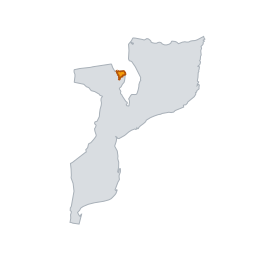 Angonia, Tete, Mozambique (highlighted), rotated 10°
{"feature_id": "85939544B12573256040215", "entity_name": "Angonia", "entity_type": "district", "adm_level": 2, "iso_a3": "MOZ", "parent_name": "Mozambique", "parent_adm1": "Tete", "projection": "mercator", "projection_center": [34.103, -14.769], "detail": "fine", "context": "in_parent", "style": "filled", "palette": "amber", "viewbox_px": 256, "rotation_deg": 10, "n_neighbors": 0, "source": "geoboundaries", "source_scale": "gbopen_adm2", "svg_char_len": 5277}
<svg xmlns="http://www.w3.org/2000/svg" viewBox="0 0 256 256"><g transform="rotate(10 128 128)"><path d="M77.5,172.9L79.2,171.6L90.4,159.3L91.1,158.8L90.2,156.7L91.7,154.4L91.9,150.7L92.3,150.1L94.0,148.9L96.3,145.1L97.8,142.1L98.0,140.7L95.9,136.7L95.2,134.6L95.9,132.8L96.1,131.0L95.8,130.5L94.5,129.7L94.3,129.0L94.3,128.1L94.6,127.6L96.2,126.8L96.5,126.3L97.8,121.7L97.4,118.2L97.3,114.3L97.7,110.2L97.5,107.9L96.5,105.2L96.4,103.3L97.1,102.0L97.3,101.2L94.8,100.7L93.6,99.6L88.9,97.9L85.3,97.6L82.3,95.0L79.9,94.6L76.9,92.6L67.4,92.3L67.1,92.1L66.8,86.2L66.4,84.3L65.2,82.3L64.9,80.8L65.0,79.9L70.2,77.8L80.5,74.8L82.8,73.8L100.3,67.9L100.8,68.3L102.5,71.3L105.4,74.7L106.2,74.2L110.4,73.7L111.0,73.2L112.2,72.9L113.7,72.7L114.2,72.9L115.8,75.1L116.3,79.1L116.4,81.7L116.2,83.7L114.9,85.9L114.0,88.7L112.7,90.2L112.7,91.0L114.2,92.6L114.6,93.3L114.5,94.8L114.7,95.4L116.0,96.3L117.0,97.7L120.9,101.8L121.8,102.5L122.6,102.7L123.0,103.5L122.8,104.4L122.2,104.9L122.4,105.7L123.1,106.3L124.9,106.2L125.1,105.9L125.0,102.3L124.4,100.3L123.6,99.3L125.1,95.4L125.9,94.3L128.8,93.9L130.1,93.5L130.6,93.1L131.0,91.8L131.4,88.4L131.5,85.2L131.2,83.3L131.6,80.4L132.3,78.7L131.9,78.3L131.7,76.0L124.6,66.5L120.5,62.3L119.9,61.8L117.6,61.5L116.5,59.9L115.5,51.5L114.0,45.4L116.3,41.3L117.1,38.7L117.6,38.4L119.6,38.2L126.6,38.3L128.4,38.5L129.1,38.3L131.0,36.7L132.5,36.7L134.5,37.7L135.6,38.6L135.8,39.4L137.2,39.8L139.7,39.9L141.5,39.5L142.7,38.6L143.9,38.1L145.2,38.1L146.1,38.4L146.8,39.1L148.0,39.5L149.8,39.8L151.8,39.4L154.0,38.3L155.3,37.1L155.9,35.1L156.3,34.8L159.4,34.6L161.0,35.0L163.1,36.2L166.7,34.0L169.0,33.2L171.2,33.2L173.0,32.7L174.4,31.6L175.9,31.0L178.9,30.2L180.9,29.1L186.6,24.7L187.2,26.0L188.3,27.1L186.8,28.4L188.1,29.2L187.2,30.4L187.1,31.2L187.5,32.0L186.9,33.4L186.1,34.4L185.8,35.2L186.6,36.7L186.2,39.2L187.4,43.4L187.0,44.8L187.3,48.1L186.8,49.3L187.6,49.8L188.0,51.1L187.6,53.4L186.4,54.4L186.2,55.3L187.8,55.3L187.8,58.2L187.6,59.1L188.0,60.1L187.5,61.2L188.1,65.8L188.1,69.2L188.2,69.8L189.6,70.4L189.5,71.3L188.7,72.5L188.7,74.3L189.7,72.9L190.3,72.9L190.8,73.5L190.8,75.5L191.1,76.6L191.0,77.4L189.4,79.1L189.3,80.8L188.7,81.0L188.4,81.4L188.8,82.4L188.8,83.2L187.7,85.8L182.3,92.1L182.2,93.1L180.9,95.1L179.4,95.5L178.6,96.0L179.2,97.7L172.1,102.2L171.3,102.8L170.2,104.4L167.8,105.3L165.3,105.4L164.8,105.7L159.0,107.8L157.9,108.7L155.4,109.6L151.5,111.8L148.3,113.9L144.7,117.1L144.2,118.8L142.5,121.0L139.9,123.7L138.4,125.9L138.3,126.8L137.4,127.1L136.7,126.2L136.3,128.0L135.7,128.1L135.0,127.7L131.8,129.6L129.4,131.8L126.0,135.9L121.0,140.0L119.9,140.1L118.3,138.7L117.5,138.6L118.7,140.1L118.7,143.5L118.1,147.4L118.1,148.3L121.4,152.5L123.0,157.5L123.2,160.0L124.8,163.3L125.6,168.3L125.4,172.9L126.2,173.6L126.5,172.9L126.6,170.1L127.1,169.3L127.5,169.4L127.9,171.0L128.1,172.6L127.5,176.2L127.7,177.7L128.5,180.2L127.5,183.0L126.0,191.0L126.4,191.5L127.1,191.7L127.4,190.8L127.9,190.8L128.1,191.3L127.5,194.5L126.9,195.8L124.7,199.2L123.5,200.7L121.6,202.1L117.0,204.3L107.8,207.5L102.0,210.1L97.4,213.1L95.4,215.1L94.6,217.5L93.0,219.9L94.4,221.9L96.1,223.4L96.9,221.0L97.3,220.9L96.5,231.1L90.2,231.3L88.4,230.9L87.3,231.0L87.3,226.7L86.5,223.5L86.8,221.3L86.7,220.1L85.4,219.3L85.1,216.8L85.8,215.0L85.8,199.6L83.6,192.2L80.6,186.9L80.4,184.3L79.1,178.4L77.5,172.9ZM117.9,44.8L118.6,44.4L118.7,43.7L118.3,43.4L117.8,43.5L117.6,44.6L117.9,44.8ZM117.4,43.5L116.8,43.0L116.3,43.1L116.2,43.6L116.7,44.1L117.2,44.2L117.4,43.5Z" fill="#d9dde1" stroke="#a8b0b8" stroke-width="1"/><path d="M115.9,76.1L116.0,76.1L116.2,75.9L116.3,75.7L116.2,75.5L116.2,75.4L116.2,75.2L116.1,74.9L116.0,74.7L115.9,74.5L115.7,74.5L115.6,74.4L115.4,74.3L115.4,74.2L115.2,74.0L115.1,73.9L115.1,73.6L114.9,73.4L114.8,73.2L114.7,73.1L114.8,73.1L114.7,73.0L114.5,72.9L114.4,72.7L114.2,72.6L113.9,72.5L113.7,72.6L113.4,72.7L113.2,72.7L113.1,72.8L112.9,73.0L112.6,72.9L112.5,73.0L112.4,73.0L112.2,73.1L111.5,73.2L110.8,73.4L110.8,73.7L109.1,73.6L108.9,73.6L108.7,73.5L108.4,73.9L108.4,74.1L108.2,74.1L107.9,74.1L107.8,74.3L107.7,74.4L107.6,74.5L107.4,74.5L107.4,74.4L107.1,74.2L107.1,74.3L106.9,74.1L106.7,74.0L106.7,73.9L106.6,74.0L106.8,74.2L106.8,74.3L107.0,74.5L106.9,74.5L107.1,74.6L107.1,74.8L107.2,75.0L107.3,75.1L107.4,75.3L107.4,75.5L107.5,75.5L107.8,75.8L107.9,76.0L108.0,76.1L108.1,76.3L108.2,76.5L108.4,76.5L108.5,76.7L108.6,76.8L108.7,77.0L108.8,77.1L109.0,77.2L109.2,77.3L109.1,77.5L109.4,77.5L109.5,77.6L109.4,77.7L109.3,77.8L109.6,78.0L109.8,78.2L109.9,78.3L110.0,78.4L110.0,78.5L110.1,78.8L110.0,79.0L110.1,79.3L110.2,79.5L110.2,79.8L110.3,79.8L110.3,80.1L110.4,80.4L110.4,80.5L110.5,80.8L110.7,81.0L110.6,81.3L110.6,81.5L110.5,81.8L110.8,81.9L110.8,81.7L111.0,81.4L111.4,81.4L111.4,81.2L111.5,81.2L111.5,80.8L111.6,80.6L111.6,80.4L111.7,80.2L111.7,79.9L111.7,79.7L111.8,79.6L111.9,79.4L112.0,79.4L112.0,79.5L112.1,79.4L112.1,79.2L112.3,79.1L112.5,78.9L112.6,78.6L112.8,78.6L113.0,78.5L113.0,78.4L113.1,78.2L113.3,78.0L113.4,77.9L113.6,77.9L113.6,77.7L113.7,77.8L113.7,77.7L113.8,77.7L113.8,77.4L114.0,77.3L114.1,77.2L114.3,77.0L114.3,76.9L114.2,76.9L114.3,76.9L114.5,76.9L114.7,76.7L114.8,76.4L114.8,76.5L114.8,76.4L115.0,76.4L115.2,76.2L115.3,76.2L115.4,76.3L115.5,76.2L115.9,76.1Z" fill="#f59e0b" stroke="#b45309" stroke-width="1.5"/></g></svg>